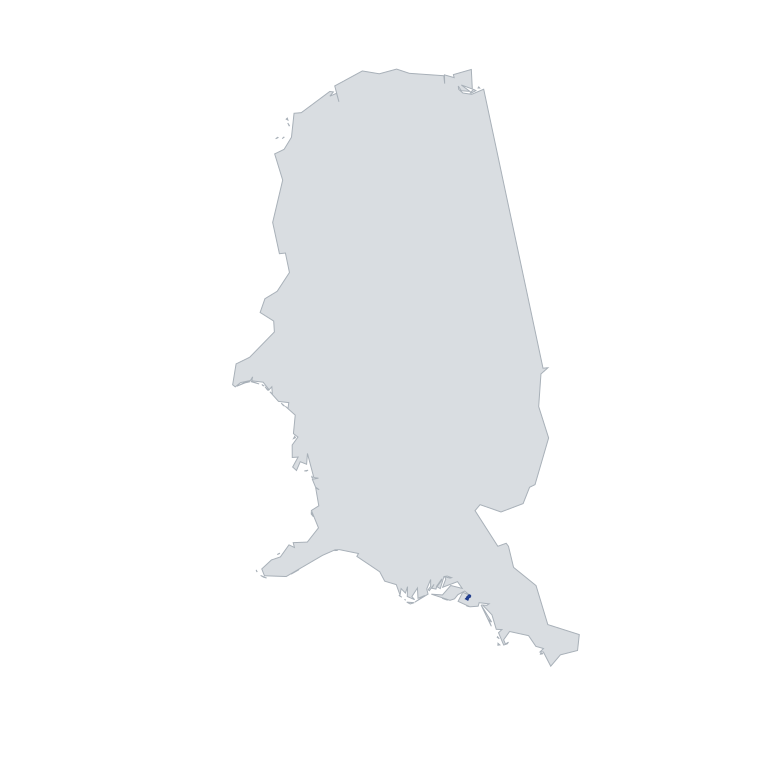 location of Camden, New Jersey, United States of America, rotated 78°
{"feature_id": "52423323B11695261421482", "entity_name": "Camden", "entity_type": "district", "adm_level": 2, "iso_a3": "USA", "parent_name": "United States of America", "parent_adm1": "New Jersey", "projection": "robinson", "projection_center": [-75.037, 39.802], "detail": "fine", "context": "in_parent", "style": "filled", "palette": "blue", "viewbox_px": 768, "rotation_deg": 78, "n_neighbors": 0, "source": "geoboundaries", "source_scale": "gbopen_adm2", "svg_char_len": 4386}
<svg xmlns="http://www.w3.org/2000/svg" viewBox="0 0 768 768"><g transform="rotate(78 384 384)"><path d="M612.8,277.2L653.4,273.8L669.7,245.1L684.9,250.1L685.6,267.8L694.7,279.6L679.3,283.8L678.5,287.1L675.9,283.0L672.2,290.0L660.2,294.9L652.2,312.6L659.1,320.2L663.6,319.3L662.4,315.9L663.8,317.5L664.2,321.2L651.1,323.7L648.7,319.7L647.3,325.2L632.2,326.4L620.7,333.5L621.9,329.5L620.9,326.9L617.7,336.4L620.9,338.1L619.8,346.3L612.0,356.7L604.0,350.2L608.9,343.6L603.3,348.2L605.4,355.5L608.8,359.7L609.3,364.4L599.4,381.4L602.5,370.7L595.0,360.6L600.2,350.0L592.6,353.2L595.0,368.9L587.8,364.2L585.2,364.7L587.6,359.7L587.5,358.2L585.0,362.1L584.8,365.4L595.8,371.5L593.3,374.3L588.4,368.8L586.6,367.9L592.7,374.5L595.4,375.8L593.7,379.8L590.4,376.7L595.6,382.7L594.3,383.5L591.8,380.5L584.9,379.0L593.3,384.8L598.7,384.6L603.8,399.2L599.3,388.0L600.7,395.3L590.5,393.7L597.7,400.9L601.3,398.9L596.7,405.4L587.1,403.1L592.9,406.5L587.7,409.8L593.7,412.2L582.8,413.7L577.0,424.3L566.8,427.2L547.0,446.4L544.5,444.2L536.8,461.9L536.0,466.3L538.8,479.7L552.0,519.7L546.7,540.8L539.5,542.0L532.7,530.7L531.6,521.3L521.6,510.4L525.3,505.6L520.3,505.8L522.7,491.9L511.1,478.0L492.6,481.3L489.6,473.1L471.5,472.4L473.9,469.4L470.6,472.4L462.3,473.9L462.5,467.7L460.9,472.1L436.0,473.3L446.4,476.4L442.6,482.1L450.4,487.6L446.2,490.6L437.6,483.2L436.8,489.0L424.6,486.5L418.0,479.2L413.7,482.9L396.0,477.3L385.2,485.2L388.0,483.0L382.4,481.0L379.1,490.8L367.9,497.2L370.5,495.3L363.4,494.3L365.7,497.6L357.1,501.8L353.4,512.7L349.7,511.0L352.8,513.9L352.8,524.0L355.9,530.1L353.3,532.2L333.6,524.5L329.9,509.8L310.3,480.4L299.5,478.8L288.3,490.3L275.8,482.7L271.1,469.2L255.3,453.3L235.4,453.2L234.8,459.2L202.8,459.3L163.5,440.7L136.2,443.1L133.7,432.9L123.4,423.2L100.5,415.7L101.4,408.5L86.6,376.2L87.8,372.8L91.2,377.1L89.8,370.0L98.6,369.4L82.2,370.2L73.3,340.1L79.6,324.1L78.6,306.2L85.4,294.6L94.9,261.4L102.8,262.2L94.2,260.6L98.9,251.7L95.8,251.8L94.5,233.2L113.8,236.3L107.6,246.2L115.6,239.2L113.2,247.4L108.0,249.4L111.3,249.7L115.8,246.3L118.9,238.0L116.4,225.2L401.6,225.2L402.2,220.3L406.8,228.4L438.2,237.4L471.0,234.2L513.8,257.2L515.3,263.1L529.9,272.8L533.5,296.2L522.0,315.1L526.8,321.3L566.4,306.4L565.2,297.6L568.7,296.0L590.3,295.4L612.8,277.2ZM636.7,330.4L643.3,329.4L620.2,335.0L639.2,328.2L636.7,330.4ZM116.1,233.1L117.6,238.3L117.2,239.1L114.4,235.2L116.1,233.1ZM355.6,528.4L353.4,519.5L353.9,514.5L354.0,519.8L355.6,528.4ZM680.9,284.5L680.8,287.2L679.8,286.6L680.9,284.5ZM418.1,481.8L418.6,483.9L416.6,482.2L418.1,481.8ZM108.7,423.9L111.5,422.8L111.7,423.1L108.7,423.9ZM105.9,423.1L104.6,424.6L103.8,423.3L105.9,423.1ZM657.1,324.2L655.3,325.9L654.8,325.5L657.1,324.2ZM355.7,509.9L353.9,513.9L358.0,506.1L355.7,509.9ZM548.2,506.5L550.7,514.4L547.7,505.7L548.2,506.5ZM121.9,430.5L122.8,432.6L121.7,430.6L121.9,430.5ZM547.9,542.0L545.6,544.5L549.4,539.2L547.9,542.0ZM604.6,404.1L602.1,407.1L604.2,399.8L604.6,404.1ZM114.4,228.9L114.0,230.4L113.1,229.6L114.4,228.9ZM365.7,499.2L361.8,501.0L365.9,498.6L365.7,499.2ZM663.3,324.9L663.2,326.9L661.3,326.4L663.3,324.9ZM121.0,436.4L121.6,439.0L120.6,436.7L121.0,436.4ZM360.7,502.5L359.1,503.6L360.6,502.0L360.7,502.5ZM608.2,367.7L605.6,371.8L608.7,366.1L608.2,367.7ZM384.0,487.0L381.3,488.5L385.1,485.8L384.0,487.0ZM537.2,464.0L536.6,467.2L536.4,465.0L537.2,464.0ZM594.6,412.7L593.7,413.4L596.3,410.9L594.6,412.7ZM499.2,480.6L496.1,482.2L494.9,481.9L499.2,480.6ZM461.2,473.3L460.6,473.9L458.8,473.8L461.2,473.3ZM528.2,521.6L528.6,523.9L527.7,521.1L528.2,521.6ZM453.0,477.9L452.5,480.0L452.5,476.2L453.0,477.9ZM540.9,547.5L539.2,547.7L541.5,547.1L540.9,547.5ZM619.2,347.7L617.9,349.7L619.5,346.8L619.2,347.7ZM600.1,407.8L599.0,408.5L598.8,408.5L600.1,407.8Z" fill="#d9dde1" stroke="#a8b0b8" stroke-width="1"/><path d="M608.2,344.9L608.4,345.3L608.8,345.6L608.8,345.9L608.9,346.0L609.0,346.2L608.8,346.4L609.0,346.3L609.3,346.6L609.5,346.8L609.5,347.0L609.8,347.2L609.9,347.3L610.4,347.5L610.5,347.6L610.7,347.9L610.8,348.3L611.1,348.7L611.3,348.4L611.9,347.8L612.6,347.0L612.2,346.8L612.0,346.5L611.7,346.3L611.4,346.2L611.1,346.3L610.8,346.2L610.5,344.9L610.2,344.6L609.9,344.4L610.0,344.2L609.8,344.2L609.7,344.2L609.5,343.9L609.6,343.7L609.4,343.5L609.1,343.5L608.8,343.8L608.7,343.8L608.4,343.9L608.3,344.0L608.3,344.3L608.3,344.5L608.3,344.8L608.2,344.9Z" fill="#3b82f6" stroke="#1e3a8a" stroke-width="1.5"/></g></svg>